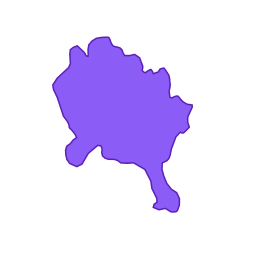 outline of Kano, rotated 340°
{"feature_id": "NGA-2869", "entity_name": "Kano", "entity_type": "State", "adm_level": 1, "iso_a3": "NGA", "parent_name": "Nigeria", "parent_adm1": "", "projection": "robinson", "projection_center": [8.618, 11.56], "detail": "fine", "context": "isolated", "style": "filled", "palette": "violet", "viewbox_px": 256, "rotation_deg": 340, "n_neighbors": 0, "source": "natural_earth", "source_scale": "10m", "svg_char_len": 1727}
<svg xmlns="http://www.w3.org/2000/svg" viewBox="0 0 256 256"><g transform="rotate(340 128 128)"><path d="M185.8,148.3L179.6,151.2L178.1,151.6L176.7,150.8L175.5,149.9L170.0,152.7L161.6,162.5L158.3,167.9L156.1,170.6L153.2,172.1L148.3,172.5L145.8,178.4L145.2,185.4L145.5,193.3L147.8,200.4L151.6,205.4L152.2,211.9L149.9,218.0L146.1,222.6L144.4,223.1L141.0,222.1L139.4,221.2L135.7,216.4L129.1,215.4L124.6,211.2L126.4,208.6L129.8,207.7L131.0,204.1L129.8,192.9L131.3,185.8L129.7,172.7L121.3,162.6L115.0,160.8L109.3,158.3L107.3,155.2L104.6,152.9L98.8,150.6L96.2,148.6L94.5,145.5L94.9,142.2L96.4,139.1L96.5,135.6L93.6,134.0L82.1,138.2L72.4,146.2L66.7,146.8L61.1,141.4L59.8,136.7L60.4,132.1L61.7,127.6L64.3,124.1L68.1,123.1L72.7,120.4L76.4,119.5L76.1,115.8L74.1,109.9L73.3,108.7L73.0,107.3L73.5,105.6L73.6,103.8L73.2,100.8L71.4,94.8L72.0,75.2L71.2,66.1L72.1,61.8L78.5,57.0L92.9,50.9L95.9,47.8L98.6,38.7L100.6,34.7L104.3,33.5L108.4,33.4L112.6,41.7L113.1,43.3L113.1,44.7L113.5,46.0L114.9,46.9L115.8,45.2L117.3,40.5L119.7,36.4L123.9,34.0L128.7,32.9L133.6,33.7L138.9,35.3L140.9,36.3L141.3,38.7L141.2,42.3L141.9,45.6L143.8,47.3L146.0,48.5L148.0,50.2L149.1,52.7L149.0,56.0L149.7,58.8L154.3,60.5L159.5,61.2L162.9,66.0L163.0,74.6L162.6,76.2L161.7,77.5L161.0,79.0L162.1,81.0L162.9,81.7L163.7,82.0L165.7,81.2L169.1,80.7L169.7,81.0L170.3,83.3L170.4,85.6L175.5,85.7L178.4,83.5L182.2,83.9L183.1,86.6L184.4,92.2L184.1,95.4L183.2,98.3L182.8,100.6L182.1,102.8L179.1,107.7L178.0,113.4L179.3,114.7L182.9,114.4L185.1,114.7L186.0,115.4L187.9,120.7L189.1,122.8L191.3,125.5L193.2,126.8L194.3,127.2L196.2,128.4L195.4,130.5L188.1,137.9L186.9,140.5L186.1,143.3L186.0,144.6L186.0,147.1L185.8,148.3Z" fill="#8b5cf6" stroke="#5b21b6" stroke-width="1.5"/></g></svg>